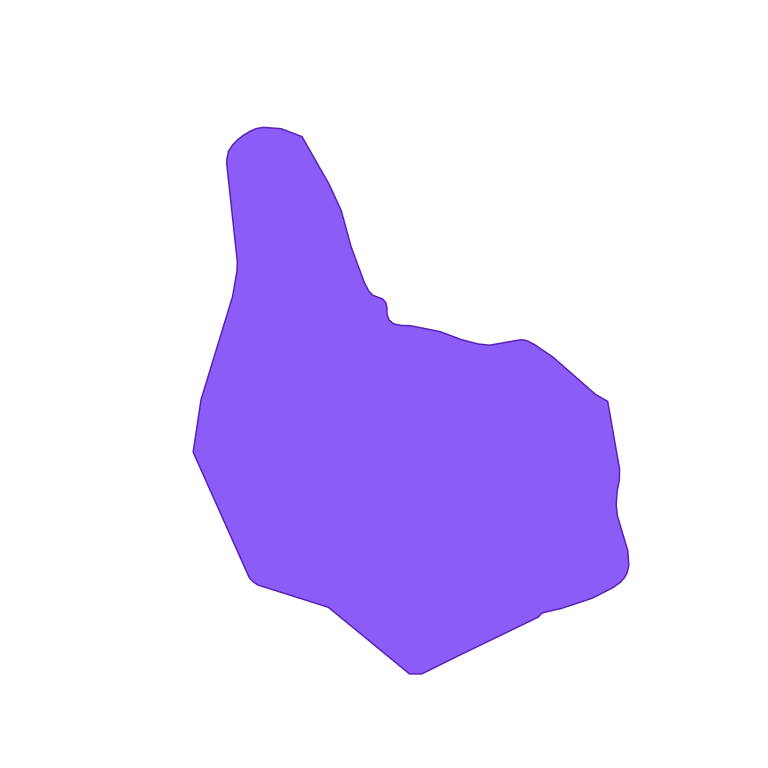 the border of Warrap, rotated 159°
{"feature_id": "SDS-872", "entity_name": "Warrap", "entity_type": "State", "adm_level": 1, "iso_a3": "SSD", "parent_name": "South Sudan", "parent_adm1": "", "projection": "natural_earth1", "projection_center": [28.523, 7.841], "detail": "fine", "context": "isolated", "style": "filled", "palette": "violet", "viewbox_px": 768, "rotation_deg": 159, "n_neighbors": 0, "source": "natural_earth", "source_scale": "10m", "svg_char_len": 986}
<svg xmlns="http://www.w3.org/2000/svg" viewBox="0 0 768 768"><g transform="rotate(159 384 384)"><path d="M318.1,113.4L320.1,112.9L323.0,111.4L323.4,111.1L411.2,103.7L452.7,99.8L464.1,104.2L516.0,195.5L573.9,241.6L577.3,246.7L579.2,251.5L586.6,388.8L560.4,435.0L493.9,520.1L480.6,542.5L477.0,551.2L452.0,645.6L449.8,650.8L445.6,657.2L439.5,661.5L432.6,664.7L425.7,666.7L418.5,667.9L411.8,668.2L404.8,666.9L388.5,659.2L371.9,644.3L363.7,590.4L361.8,561.1L365.5,524.1L366.0,486.0L365.0,476.7L362.7,470.9L354.7,463.7L353.1,459.1L353.9,454.4L356.1,448.4L356.4,442.2L353.6,436.8L347.0,432.5L338.5,429.0L312.9,412.8L296.0,397.8L281.4,387.4L271.5,382.4L240.8,376.4L236.9,374.5L233.9,372.0L229.2,366.7L216.5,348.3L190.3,298.5L181.4,287.6L194.6,220.0L198.9,209.7L205.0,200.0L210.7,187.4L213.4,177.1L216.1,141.3L220.2,127.5L224.4,120.9L228.5,117.3L234.3,114.2L243.0,111.9L266.1,109.4L300.7,111.0L302.8,111.5L316.2,113.3L318.1,113.4Z" fill="#8b5cf6" stroke="#5b21b6" stroke-width="1.5"/></g></svg>